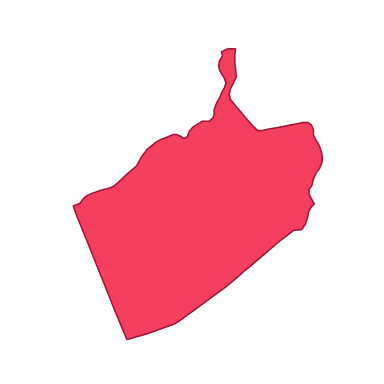 São Gonçalo do Amarante, Rio Grande do Norte, Brazil, rotated 326°
{"feature_id": "56859067B3289637824889", "entity_name": "São Gonçalo do Amarante", "entity_type": "district", "adm_level": 2, "iso_a3": "BRA", "parent_name": "Brazil", "parent_adm1": "Rio Grande do Norte", "projection": "robinson", "projection_center": [-35.331, -5.773], "detail": "fine", "context": "isolated", "style": "filled", "palette": "rose", "viewbox_px": 384, "rotation_deg": 326, "n_neighbors": 0, "source": "geoboundaries", "source_scale": "gbopen_adm2", "svg_char_len": 1555}
<svg xmlns="http://www.w3.org/2000/svg" viewBox="0 0 384 384"><g transform="rotate(326 192 192)"><path d="M85.8,137.2L83.5,145.4L82.2,151.8L81.4,155.7L80.1,161.9L64.0,236.7L62.2,244.7L55.5,277.9L59.4,279.3L64.2,280.7L68.1,282.1L75.9,284.6L103.6,291.6L109.9,291.8L133.1,291.0L155.5,290.0L159.9,289.9L168.5,289.5L175.1,288.8L183.4,287.9L190.5,286.8L199.2,286.2L205.3,285.3L213.2,284.5L224.5,283.2L228.3,282.8L231.8,282.3L235.7,281.8L254.9,280.7L261.8,284.5L267.6,282.3L273.9,277.5L277.5,273.6L282.1,271.4L286.8,270.2L287.1,265.8L287.9,259.1L290.5,255.3L295.1,253.6L299.7,249.3L306.4,245.2L310.9,243.8L316.4,240.1L319.2,236.5L321.2,232.5L322.9,227.1L323.8,221.7L323.8,217.3L324.6,212.8L327.3,208.5L328.5,203.4L326.9,199.1L323.2,196.5L317.9,194.5L312.6,192.1L303.6,188.4L297.2,185.6L289.4,182.1L284.4,180.2L280.7,177.6L279.2,169.8L278.4,163.9L277.7,158.0L277.1,151.8L276.4,146.3L276.2,142.2L275.6,136.9L277.5,131.8L281.7,127.9L288.8,124.0L293.0,121.4L295.9,116.3L299.2,109.9L304.2,102.2L308.1,97.7L302.2,93.4L294.9,92.2L293.2,96.2L287.9,98.7L284.4,102.8L282.8,106.6L282.4,115.7L281.1,120.5L277.5,123.5L272.7,125.9L267.0,129.6L263.3,131.3L259.7,133.7L256.4,136.1L254.1,139.6L251.0,142.2L245.9,143.0L240.1,139.1L229.1,138.7L224.1,140.0L218.9,143.5L215.3,143.0L213.7,139.3L211.4,135.7L208.2,133.7L201.8,132.5L195.7,131.1L190.1,130.5L178.6,131.5L169.7,134.7L164.5,137.4L160.5,139.4L147.1,140.9L135.7,142.9L130.4,143.3L126.2,142.8L118.2,139.8L109.2,137.4L103.2,136.3L99.2,136.5L92.5,138.7L85.8,137.2Z" fill="#f43f5e" stroke="#9f1239" stroke-width="1.5"/></g></svg>